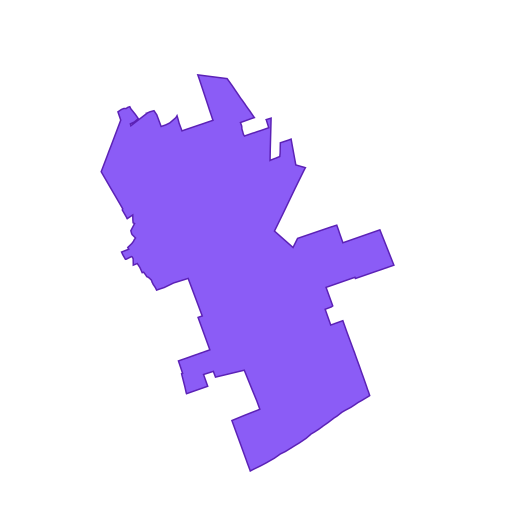 Sinanché, Yucatán, Mexico (orthographic projection), rotated 154°
{"feature_id": "50627088B40588220742551", "entity_name": "Sinanché", "entity_type": "district", "adm_level": 2, "iso_a3": "MEX", "parent_name": "Mexico", "parent_adm1": "Yucatán", "projection": "orthographic", "projection_center": [-89.197, 21.269], "detail": "fine", "context": "isolated", "style": "filled", "palette": "violet", "viewbox_px": 512, "rotation_deg": 154, "n_neighbors": 0, "source": "geoboundaries", "source_scale": "gbopen_adm2", "svg_char_len": 3169}
<svg xmlns="http://www.w3.org/2000/svg" viewBox="0 0 512 512"><g transform="rotate(154 256 256)"><path d="M375.1,318.5L375.2,315.6L374.8,310.3L374.3,310.1L373.9,310.0L368.2,310.1L367.7,309.5L367.6,307.4L370.3,301.6L366.0,301.3L365.4,296.7L365.6,290.9L364.1,290.7L363.5,287.8L363.4,287.1L363.2,285.3L362.3,284.3L361.4,282.6L361.0,281.3L360.6,280.3L360.7,278.9L360.9,278.1L360.8,276.5L360.9,275.7L360.6,273.9L360.5,272.9L360.3,271.7L360.3,268.9L357.4,268.6L352.3,267.9L341.9,267.9L326.8,265.6L330.6,225.7L335.0,226.2L338.6,191.9L371.7,195.7L373.4,182.7L374.5,182.8L376.4,173.8L377.2,169.9L378.7,163.6L378.8,162.7L356.5,160.1L355.1,172.5L344.9,171.0L345.5,164.9L337.9,163.2L316.6,158.5L318.0,138.3L318.8,125.4L319.3,120.6L319.7,116.6L322.1,116.7L327.9,117.2L335.6,117.8L349.8,118.7L351.0,107.2L352.6,91.7L352.8,89.9L354.2,76.7L354.5,74.2L355.2,66.9L355.4,65.3L351.8,65.4L342.8,65.4L337.1,65.6L334.5,65.8L328.2,66.2L323.3,67.0L320.9,67.4L318.9,67.4L315.2,67.4L303.6,68.6L299.0,69.0L290.7,70.2L284.4,71.9L280.3,72.2L274.8,72.9L270.2,73.8L263.8,74.8L257.0,76.2L253.3,76.6L247.5,77.9L243.6,78.2L237.1,78.4L232.4,79.0L228.4,79.6L224.4,79.8L222.1,80.0L215.5,80.6L215.0,80.7L214.4,85.0L214.3,86.8L213.8,90.5L212.7,99.9L212.1,105.6L211.3,112.3L210.7,118.2L210.1,123.7L209.8,126.0L209.6,128.6L209.2,132.5L208.7,137.5L207.9,145.5L207.8,146.6L206.3,159.8L210.9,160.3L219.1,161.2L217.2,177.8L210.5,177.2L208.9,177.5L206.8,197.1L176.4,193.5L176.5,192.2L136.1,187.3L133.2,225.2L172.1,229.8L170.8,241.0L170.6,242.1L169.9,248.3L171.8,248.6L174.8,249.0L175.0,249.1L210.9,253.6L219.0,247.4L228.5,270.3L213.6,281.9L199.1,293.4L191.9,299.1L186.9,303.0L181.6,307.1L175.4,311.9L173.5,313.3L172.9,313.7L180.3,320.4L174.8,340.1L173.2,345.7L175.7,345.9L184.5,347.1L189.2,337.9L191.0,335.0L200.3,335.7L201.5,335.7L197.2,344.1L182.0,373.3L187.1,374.1L187.1,373.7L187.4,371.7L187.7,369.7L188.3,365.7L192.8,366.2L196.9,366.7L198.9,367.0L200.2,367.2L203.9,367.6L204.5,367.8L213.8,368.9L214.0,370.9L213.5,373.3L213.1,375.7L213.1,376.1L212.0,378.7L211.8,379.6L211.5,382.8L209.0,382.5L198.8,381.4L196.8,381.1L196.9,381.6L197.2,383.5L197.5,385.5L197.8,387.5L197.8,387.8L198.1,389.7L198.5,391.7L198.9,394.1L199.2,395.9L199.4,397.8L199.7,399.3L200.1,401.9L200.6,404.2L201.6,411.5L202.0,414.1L202.7,419.1L204.2,428.1L219.3,438.0L226.9,443.0L228.9,444.3L229.4,440.0L233.2,411.8L233.8,407.6L234.4,402.8L235.2,396.8L240.5,397.5L246.3,398.2L250.0,398.7L256.3,399.5L260.2,400.0L264.2,400.5L267.7,400.9L266.9,409.1L266.2,412.6L265.5,416.7L267.3,415.5L275.2,413.4L279.7,413.4L284.5,414.0L283.3,426.4L284.0,431.3L288.0,432.1L291.1,432.2L291.7,432.3L291.6,432.0L303.3,429.6L311.4,427.9L311.0,429.9L306.6,429.8L301.6,431.1L302.4,436.3L304.0,443.3L304.0,445.5L306.0,445.8L308.2,445.5L310.0,446.5L312.7,446.7L316.9,446.1L318.0,437.4L337.5,419.0L342.6,414.3L345.2,411.8L358.2,399.6L356.9,381.4L356.0,369.5L355.1,356.9L356.0,356.0L355.4,347.1L355.5,346.9L355.4,346.0L348.8,346.9L350.9,342.3L351.9,339.7L350.9,338.4L357.4,333.6L358.0,330.5L357.9,329.3L357.5,328.3L356.4,325.0L358.1,324.1L358.5,323.9L359.5,323.0L362.2,321.6L367.5,319.9L367.4,317.9L375.1,318.5Z" fill="#8b5cf6" stroke="#5b21b6" stroke-width="1.5"/></g></svg>